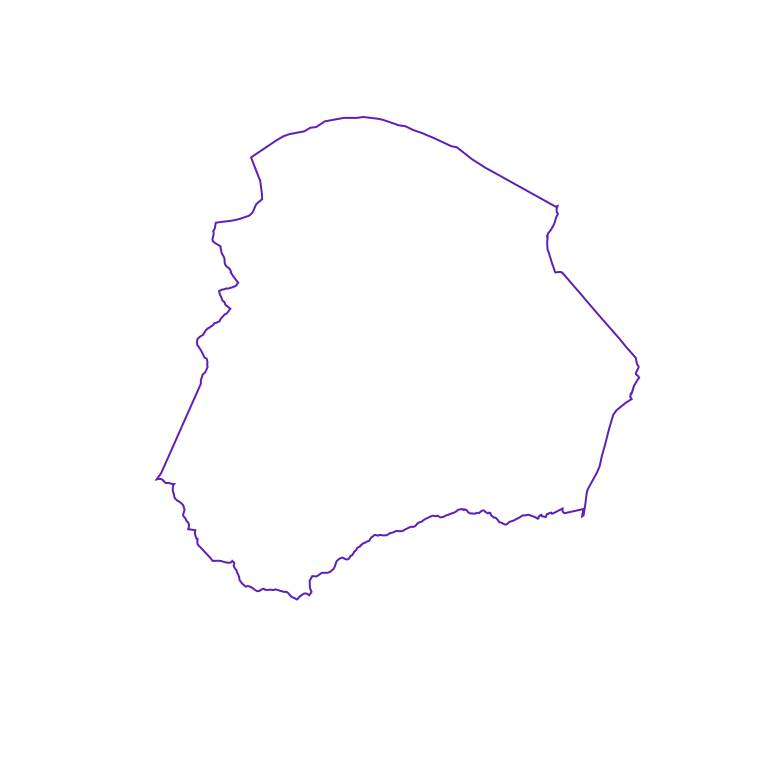 the district of Repelón, Atlántico, Colombia, rotated 305°
{"feature_id": "7082276B99103444770776", "entity_name": "Repelón", "entity_type": "district", "adm_level": 2, "iso_a3": "COL", "parent_name": "Colombia", "parent_adm1": "Atlántico", "projection": "mercator", "projection_center": [-75.149, 10.502], "detail": "fine", "context": "isolated", "style": "outline", "palette": "violet", "viewbox_px": 768, "rotation_deg": 305, "n_neighbors": 0, "source": "geoboundaries", "source_scale": "gbopen_adm2", "svg_char_len": 6154}
<svg xmlns="http://www.w3.org/2000/svg" viewBox="0 0 768 768"><g transform="rotate(305 384 384)"><path d="M175.5,252.5L177.1,254.0L178.1,255.5L178.4,256.4L178.5,257.4L178.4,258.3L178.0,259.2L178.2,259.8L177.6,261.4L177.7,261.9L179.6,264.7L180.5,267.7L181.6,269.5L180.7,269.4L179.4,269.7L178.2,270.3L176.5,271.4L175.5,272.2L174.3,273.5L173.6,274.7L171.5,276.8L170.7,277.9L170.3,279.0L169.9,281.6L170.2,283.9L170.1,286.3L169.7,288.4L169.0,289.7L166.7,292.6L164.7,293.5L162.1,294.2L161.2,294.8L160.8,295.3L160.1,297.9L159.5,299.4L158.6,300.6L158.4,302.4L157.7,304.0L157.0,304.8L156.0,305.5L154.3,306.5L152.8,306.9L156.0,313.3L154.1,314.1L152.8,315.2L151.2,317.0L149.7,319.2L150.2,320.1L146.9,322.1L145.7,323.4L142.0,341.3L140.8,345.1L144.1,349.5L145.4,351.8L147.0,356.4L148.4,359.3L149.7,360.7L151.2,361.3L152.0,361.2L151.7,363.7L151.1,364.3L149.7,364.7L148.6,365.4L148.4,365.8L147.6,367.3L146.7,370.1L145.5,371.4L144.3,373.8L142.7,376.1L142.4,376.6L141.3,377.3L140.4,378.5L139.1,382.4L139.0,384.9L138.7,385.7L138.7,387.0L140.2,388.1L140.9,389.5L141.5,393.0L141.3,396.3L141.5,398.5L142.0,399.6L142.8,400.5L145.2,401.4L147.2,402.7L147.3,403.2L147.3,404.4L148.3,406.7L150.1,408.5L151.9,411.7L152.2,412.1L153.3,412.6L154.2,414.7L154.9,417.1L156.2,420.9L157.7,423.4L157.9,424.2L157.8,425.1L156.7,429.4L156.7,430.3L156.9,432.3L157.3,433.4L157.5,436.1L157.9,436.6L161.0,436.7L165.0,438.0L166.7,438.9L167.6,440.1L168.0,441.5L168.1,443.9L172.2,443.9L173.0,442.4L174.7,440.1L180.2,436.0L185.5,435.4L186.8,437.8L187.8,439.0L188.8,439.6L193.4,441.3L194.1,442.0L196.9,446.0L197.8,446.7L199.6,447.7L200.8,448.1L203.8,448.8L205.8,448.5L211.4,446.9L212.0,446.9L214.1,447.3L215.2,447.7L217.8,449.2L218.6,453.5L219.3,454.6L220.5,455.3L221.8,455.4L223.1,455.2L223.9,455.2L224.3,455.3L225.1,456.0L225.7,456.1L226.7,455.9L228.1,456.1L229.7,455.7L230.7,456.2L232.4,456.4L234.7,456.1L237.1,457.6L237.7,457.6L238.5,457.3L239.6,458.1L240.6,457.9L242.6,459.0L243.0,459.5L245.4,460.5L246.9,461.7L247.4,461.8L249.0,461.6L251.4,461.7L251.9,461.8L252.9,462.5L254.3,462.5L255.4,463.4L256.4,466.2L257.8,466.9L258.1,467.3L259.7,470.5L261.6,472.9L265.6,474.7L267.1,476.2L270.8,478.4L272.4,481.4L273.4,482.6L274.7,483.8L277.1,484.8L282.3,487.8L282.9,488.4L283.5,489.7L285.8,491.3L287.5,491.2L290.0,491.7L290.8,492.2L292.1,493.3L293.1,494.0L294.7,494.3L297.2,495.3L303.7,499.1L304.2,499.7L305.7,502.7L306.4,503.1L306.9,503.6L307.0,506.2L307.5,507.2L309.4,509.0L311.9,510.2L312.8,511.0L317.8,514.3L318.8,515.3L319.6,515.5L321.3,516.4L322.8,516.7L323.8,517.2L324.7,517.9L325.4,518.8L326.0,519.2L327.3,521.6L326.8,521.7L327.8,522.9L327.9,523.5L327.8,523.8L327.9,524.6L327.2,526.7L327.4,528.7L328.0,529.8L329.0,531.2L329.5,532.3L330.3,533.2L331.1,533.5L331.9,534.1L333.0,536.0L335.8,536.6L337.0,537.4L337.6,538.1L337.6,539.1L337.4,540.3L337.5,542.9L337.6,543.3L338.3,544.0L338.5,544.2L338.9,544.0L339.4,545.0L337.8,547.5L337.8,549.7L337.5,550.3L337.8,550.6L338.0,551.4L338.3,551.7L338.5,552.8L338.0,554.3L337.8,555.7L337.0,557.5L337.1,558.4L337.7,559.3L338.0,562.5L338.3,563.7L338.6,564.2L339.9,565.2L343.0,565.8L346.8,568.8L347.6,569.0L348.6,569.6L351.0,570.8L351.7,571.3L352.4,571.6L355.8,572.9L357.4,575.0L359.0,576.5L359.9,577.5L360.1,578.1L360.2,579.2L361.4,583.1L361.7,584.9L361.7,586.9L361.9,587.2L362.4,587.6L364.1,586.8L364.4,586.9L365.3,587.0L367.1,587.9L366.9,588.3L366.2,589.1L367.7,592.6L368.2,592.9L370.4,592.1L371.3,592.3L371.3,592.7L371.9,593.1L372.9,593.4L373.7,593.9L374.6,594.9L374.1,595.8L374.7,596.6L384.4,601.7L382.7,602.8L382.3,603.2L381.9,603.9L381.6,605.3L381.7,606.0L396.1,619.2L390.3,621.6L389.2,622.2L390.9,622.8L396.1,620.2L400.8,618.0L406.3,615.0L412.9,611.7L416.6,611.1L434.0,609.2L440.3,607.8L451.2,603.3L453.1,602.7L460.5,600.1L476.1,594.2L490.1,589.5L495.7,589.5L501.8,591.2L507.8,593.0L513.7,595.5L514.6,593.1L515.2,593.1L515.9,592.4L517.7,591.7L517.9,592.3L519.4,591.8L519.5,592.0L523.4,590.7L523.2,590.6L523.5,590.5L525.9,589.8L533.3,589.3L535.5,589.4L536.3,587.5L536.4,585.2L536.9,584.3L538.0,583.9L543.4,583.1L544.3,582.5L544.7,582.0L544.9,581.0L545.3,580.0L547.8,577.2L549.7,575.5L550.1,574.4L550.2,573.5L550.8,571.3L553.2,561.2L556.2,550.7L562.5,524.7L568.7,500.6L570.6,493.6L572.8,484.5L577.0,468.3L577.3,466.9L577.1,466.9L577.3,465.8L577.3,464.8L575.8,462.6L573.9,460.8L573.8,460.3L573.9,459.8L577.5,455.0L578.8,453.0L585.9,443.9L588.0,440.8L593.6,436.4L596.3,434.9L598.0,433.4L598.0,433.9L600.5,432.2L601.7,432.0L604.7,432.3L606.8,432.2L612.4,431.7L619.0,429.5L622.9,429.0L623.4,428.6L623.7,427.3L624.1,426.7L626.3,425.0L629.3,424.1L627.7,422.9L619.4,343.8L619.2,342.2L619.2,340.4L618.6,327.3L619.7,307.8L617.4,302.8L614.1,283.9L612.4,276.3L611.5,271.6L608.8,262.3L607.4,253.6L604.0,246.9L603.7,245.1L599.7,231.3L597.4,226.1L590.8,213.8L586.3,209.0L578.9,198.4L565.2,184.9L555.5,181.0L551.7,176.7L545.3,173.8L534.2,163.0L529.4,159.6L522.1,156.2L493.6,145.2L493.3,145.2L480.3,164.7L480.1,165.5L469.1,175.5L465.4,178.2L459.5,176.5L458.3,176.3L456.1,176.5L450.4,177.8L448.6,177.9L446.9,177.7L444.1,176.7L437.3,171.7L433.2,168.3L428.9,164.0L424.5,158.9L419.6,153.7L414.7,156.0L413.8,156.3L411.3,156.4L410.9,157.2L408.0,159.1L406.2,159.6L403.8,160.7L402.8,162.0L402.6,165.0L403.0,171.2L402.3,171.5L399.3,174.8L398.2,175.7L396.7,179.0L395.5,181.1L394.8,181.8L392.6,183.3L391.2,184.8L390.6,185.8L389.9,187.6L389.9,191.2L388.2,194.5L387.5,194.5L385.8,198.6L383.3,206.5L382.3,206.3L379.9,206.5L379.0,206.2L377.9,205.3L376.1,204.3L375.0,203.3L374.1,202.7L372.8,201.6L371.6,199.8L369.9,198.7L368.4,197.2L367.6,196.6L365.5,195.6L363.4,198.0L361.4,201.4L360.0,203.3L359.5,205.0L359.6,206.1L359.4,206.6L359.0,207.2L358.5,207.6L357.7,209.5L357.8,212.6L357.4,214.5L357.5,214.9L353.7,214.9L350.8,214.5L349.5,213.5L347.1,213.4L344.9,212.9L342.8,212.9L341.0,213.3L338.1,211.6L336.4,210.1L335.0,210.2L333.2,209.9L331.5,209.0L330.2,208.9L329.4,208.1L325.9,207.2L320.4,207.6L318.9,206.8L316.5,205.9L314.0,205.3L310.7,206.9L308.8,208.8L308.1,211.1L306.2,215.6L302.8,221.6L303.0,224.3L301.2,226.3L299.9,227.3L298.2,228.2L296.9,229.7L290.9,230.9L287.8,230.0L284.2,231.3L282.6,231.4L279.3,233.8L183.1,252.6L175.5,252.5Z" fill="none" stroke="#5b21b6" stroke-width="2"/></g></svg>